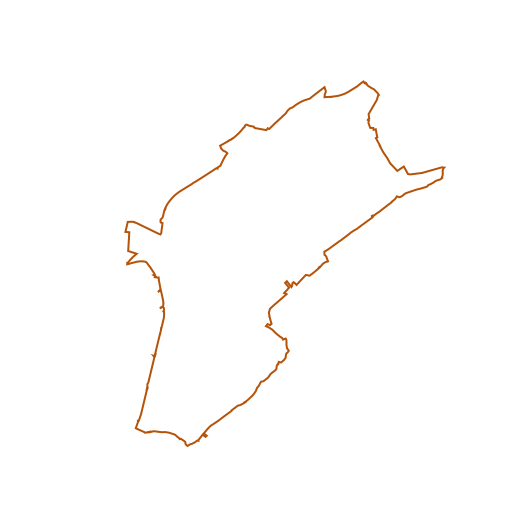 Tilburg, Noord-Brabant, Netherlands (Equal Earth projection), rotated 141°
{"feature_id": "6326949B99100278363504", "entity_name": "Tilburg", "entity_type": "district", "adm_level": 2, "iso_a3": "NLD", "parent_name": "Netherlands", "parent_adm1": "Noord-Brabant", "projection": "equal_earth", "projection_center": [5.085, 51.586], "detail": "fine", "context": "isolated", "style": "outline", "palette": "amber", "viewbox_px": 512, "rotation_deg": 141, "n_neighbors": 0, "source": "geoboundaries", "source_scale": "gbopen_adm2", "svg_char_len": 5860}
<svg xmlns="http://www.w3.org/2000/svg" viewBox="0 0 512 512"><g transform="rotate(141 256 256)"><path d="M54.2,206.3L55.1,207.1L55.3,207.6L55.7,207.9L70.6,214.3L74.6,216.0L84.6,222.2L85.1,222.7L86.3,224.0L84.8,232.5L92.6,233.2L93.4,243.6L92.4,249.5L91.8,256.7L90.5,263.7L90.2,263.6L88.6,272.2L87.0,271.9L86.9,272.3L83.2,279.1L85.2,280.0L84.3,281.7L86.6,283.7L84.8,288.7L83.2,290.3L82.9,290.4L83.5,291.4L83.4,291.5L81.4,291.7L79.2,295.4L64.0,301.2L60.0,303.9L59.2,303.8L59.0,306.1L59.4,311.3L59.5,311.4L60.9,314.8L61.9,317.9L62.0,318.4L61.8,319.3L61.6,320.9L62.2,321.0L62.0,322.0L62.9,322.1L62.7,324.0L65.3,324.2L68.1,324.2L70.1,324.1L71.2,324.2L80.6,325.4L83.3,325.9L85.4,326.4L88.6,327.6L91.0,328.6L93.7,330.1L96.6,332.0L97.1,332.0L98.3,332.9L98.3,333.1L102.8,336.3L100.5,338.6L99.5,339.0L98.4,339.7L98.0,340.2L97.4,341.7L96.5,344.1L113.0,344.5L115.2,344.4L116.7,345.1L119.8,346.3L121.9,347.0L124.1,347.5L126.3,347.9L129.6,348.3L134.3,348.5L136.6,349.3L139.8,349.1L143.2,348.1L148.4,347.8L148.6,347.7L158.3,347.1L165.8,346.4L166.5,347.9L168.4,347.3L168.8,347.4L176.3,356.1L176.3,356.9L176.6,357.3L176.4,357.6L176.4,358.0L177.0,358.8L178.6,360.5L179.6,361.9L179.8,362.5L180.8,364.2L181.0,364.8L181.0,364.6L182.7,364.1L183.3,363.7L183.4,363.8L184.0,363.4L184.3,363.5L185.0,363.4L185.1,363.5L188.3,362.8L191.6,362.3L197.9,361.9L200.0,362.0L199.9,362.1L201.3,362.3L201.9,362.1L202.8,362.3L203.1,362.6L205.1,362.9L205.2,362.7L214.5,364.3L214.8,363.1L215.2,362.3L215.4,361.2L215.3,359.1L215.0,358.1L214.0,356.2L213.6,353.9L217.1,352.9L220.2,351.7L223.9,350.0L226.9,348.5L229.6,348.9L230.5,348.8L230.5,348.6L230.4,348.7L230.5,348.5L231.2,348.7L231.1,349.0L232.0,349.2L241.2,350.1L247.5,350.8L256.3,351.8L256.6,351.9L258.5,352.2L262.7,352.5L263.3,352.7L275.6,354.2L279.7,354.3L282.4,354.2L286.3,353.6L290.2,352.7L292.2,352.1L295.6,350.7L297.3,349.8L296.9,349.6L297.5,349.2L297.8,349.4L300.0,348.0L303.5,345.2L304.4,344.8L305.5,344.5L307.1,344.4L308.7,342.7L308.9,342.2L308.9,341.9L308.7,341.6L307.9,340.4L309.2,339.2L315.3,333.4L316.7,332.9L318.1,335.4L328.1,356.8L329.4,358.8L329.3,359.1L330.5,360.4L334.2,363.2L342.3,356.9L339.5,354.2L352.2,340.3L347.3,332.8L351.7,332.7L355.2,332.3L359.0,331.6L360.0,331.5L360.3,331.7L361.3,330.6L352.8,326.8L351.1,325.9L349.6,324.9L347.9,323.6L346.5,322.2L345.5,321.0L345.2,320.2L345.1,319.4L345.2,317.9L345.3,313.7L346.1,306.1L346.3,305.6L347.1,305.4L347.6,305.6L347.5,305.3L347.0,305.2L346.5,304.8L346.7,303.9L347.7,303.3L348.0,303.2L347.9,303.0L346.9,303.1L346.8,302.1L346.5,301.6L346.1,301.2L345.2,300.6L346.4,298.7L346.9,298.3L347.0,297.8L350.4,291.5L350.8,290.9L351.4,290.4L351.6,290.1L354.0,289.8L354.0,289.6L351.4,289.5L355.1,282.0L356.9,278.7L357.8,277.4L358.1,277.3L359.4,275.7L359.8,275.6L360.4,275.6L361.7,275.8L362.8,275.8L362.8,275.6L361.1,275.5L360.8,275.4L360.3,273.7L361.3,272.0L362.8,271.2L362.5,270.7L362.8,270.2L363.6,269.1L365.8,266.6L367.7,265.0L374.3,259.9L374.9,259.9L375.0,259.8L374.5,259.8L379.7,255.7L379.8,255.8L380.4,255.3L396.1,243.3L395.8,243.0L397.6,241.7L398.5,243.0L398.5,241.8L398.8,241.3L400.7,239.7L419.2,225.5L421.0,224.8L421.2,224.6L422.1,223.4L424.6,221.3L424.2,221.2L424.4,221.1L424.4,220.9L424.7,220.7L425.1,220.6L444.9,205.4L450.8,201.7L451.1,201.8L451.5,202.2L451.7,201.9L451.8,201.6L452.1,201.3L457.8,197.8L457.5,197.0L453.3,188.8L453.5,188.6L453.4,188.4L449.8,186.6L450.1,186.5L448.6,185.7L448.8,185.6L445.6,184.1L443.4,181.8L442.4,180.6L442.0,180.4L440.3,178.5L437.5,176.4L435.0,173.7L431.7,168.7L431.4,167.8L431.3,167.7L430.9,164.8L430.6,163.8L430.6,163.4L430.3,162.3L430.5,161.7L429.4,161.2L428.0,156.5L428.0,156.0L428.1,155.7L429.0,154.4L429.1,154.0L429.1,153.2L428.8,151.5L425.7,151.1L423.8,150.3L421.0,149.7L417.6,149.5L417.2,148.9L417.0,148.7L416.8,149.1L415.7,149.4L410.0,150.7L409.0,147.2L407.4,147.3L408.2,149.9L408.3,150.3L408.0,150.4L408.2,151.0L402.2,152.1L398.4,152.6L389.5,151.7L380.1,151.4L374.4,151.1L372.5,151.0L372.3,151.1L372.1,151.4L366.3,151.2L364.1,151.1L362.5,150.2L358.7,149.4L356.7,149.1L356.8,149.5L355.2,149.3L353.0,149.3L346.2,149.8L344.4,150.2L341.3,151.1L340.6,151.4L339.5,152.1L338.3,152.8L335.7,153.3L331.4,155.1L330.9,155.0L329.5,154.2L329.1,154.0L323.7,153.9L322.7,154.0L319.0,155.1L316.2,155.2L315.1,155.0L312.1,155.1L311.1,155.5L309.1,157.5L307.2,158.3L306.8,157.9L305.5,158.9L305.0,159.4L303.5,157.4L299.5,157.6L296.8,158.4L295.8,159.5L294.5,160.6L293.5,161.2L292.3,161.1L290.2,161.7L289.9,164.8L288.5,167.4L286.0,170.5L285.2,171.7L285.0,172.1L285.0,172.7L284.9,173.2L287.6,174.0L287.2,175.7L288.1,178.2L289.2,183.5L289.7,188.4L290.9,192.2L292.4,195.2L289.9,195.8L289.3,194.9L288.7,193.4L286.6,193.5L285.4,196.5L284.2,199.1L283.7,200.6L283.4,200.6L281.7,203.8L281.1,204.3L280.2,204.8L279.4,205.5L278.2,206.2L273.2,206.5L256.2,207.1L256.3,207.5L257.4,209.5L253.6,210.0L250.2,210.6L250.3,216.8L247.9,217.0L248.0,209.6L246.7,210.1L246.3,210.4L244.9,211.9L243.3,212.0L243.2,210.9L243.1,210.5L242.9,210.5L242.7,208.0L237.4,208.8L229.1,209.9L227.0,207.2L226.6,207.0L222.1,206.8L213.8,207.0L213.9,207.5L212.0,207.3L209.4,207.8L208.3,207.8L206.2,207.6L203.4,206.5L202.2,210.1L201.7,211.5L201.8,213.5L202.0,213.8L201.1,215.1L200.9,215.3L200.2,216.3L195.6,215.7L182.2,215.0L179.0,214.7L177.2,214.7L171.4,214.5L167.2,214.5L163.4,214.1L160.7,213.6L154.9,213.4L141.2,212.7L141.2,213.4L140.7,214.2L140.0,214.0L140.3,213.3L139.5,213.2L136.5,213.2L132.3,212.8L120.3,212.6L119.8,212.5L116.9,212.4L116.7,212.7L113.3,212.7L112.1,212.8L110.5,213.2L109.0,213.7L108.0,212.0L107.2,211.2L104.5,210.6L101.4,210.7L100.3,210.5L99.5,210.3L89.5,206.6L85.9,204.9L80.1,202.5L79.7,202.4L78.7,202.4L77.7,202.6L76.9,202.6L75.3,202.0L74.1,201.8L72.0,201.4L69.6,201.3L67.3,200.7L66.9,200.4L64.4,199.5L62.0,199.5L61.7,200.1L61.8,200.3L60.6,200.9L59.8,201.6L58.8,202.8L58.7,202.8L57.3,204.8L55.9,205.8L54.9,206.2L54.2,206.3Z" fill="none" stroke="#b45309" stroke-width="2"/></g></svg>